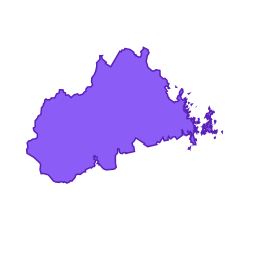 outline of Whitsunday, Queensland, Australia, rotated 25°
{"feature_id": "25037944B87142005071762", "entity_name": "Whitsunday", "entity_type": "district", "adm_level": 2, "iso_a3": "AUS", "parent_name": "Australia", "parent_adm1": "Queensland", "projection": "albers", "projection_center": [148.444, -20.698], "detail": "fine", "context": "isolated", "style": "filled", "palette": "violet", "viewbox_px": 256, "rotation_deg": 25, "n_neighbors": 0, "source": "geoboundaries", "source_scale": "gbopen_adm2", "svg_char_len": 5799}
<svg xmlns="http://www.w3.org/2000/svg" viewBox="0 0 256 256"><g transform="rotate(25 128 128)"><path d="M77.7,103.9L77.2,106.2L74.0,108.0L73.5,110.4L74.3,112.5L73.1,114.2L72.6,116.6L69.8,119.0L67.8,118.4L65.2,120.7L63.5,124.5L60.1,123.2L57.7,124.6L56.4,122.6L54.5,122.8L52.9,120.9L49.8,122.2L50.7,125.4L48.9,127.2L48.9,131.7L45.9,133.1L45.1,135.5L42.5,136.7L41.5,136.3L40.8,137.6L41.6,140.3L41.2,142.2L41.9,143.4L41.0,146.1L43.3,152.5L41.6,155.1L41.7,157.6L40.8,160.8L43.4,166.2L42.2,168.1L44.0,170.3L48.4,171.7L49.7,174.5L49.2,176.6L46.1,178.6L45.2,180.6L43.5,181.6L42.9,184.1L45.6,187.9L45.2,190.2L47.2,193.6L54.8,194.3L62.8,196.9L64.3,198.2L65.9,203.0L68.6,206.1L70.9,204.9L75.6,204.1L82.8,207.5L85.3,207.5L88.6,206.4L90.4,204.6L92.5,204.6L93.0,203.7L95.9,203.7L97.6,201.9L98.0,200.2L99.6,199.9L100.9,195.3L100.5,193.0L101.4,191.4L104.5,190.1L106.2,186.5L108.0,185.8L107.2,184.1L108.1,182.6L110.3,179.9L111.8,179.7L112.3,177.9L113.8,177.1L113.8,175.7L112.5,174.9L112.7,172.5L112.0,170.6L110.3,170.5L110.9,169.6L110.5,168.2L109.2,168.7L109.2,167.3L112.6,167.7L113.1,170.4L115.2,170.6L115.1,173.2L116.7,172.5L117.2,173.7L118.0,173.2L122.8,175.3L125.8,175.2L132.3,171.5L133.5,170.0L133.9,168.3L131.7,165.7L128.2,158.3L129.0,155.0L127.5,151.1L129.0,150.9L130.4,153.3L131.9,154.1L133.7,153.6L134.5,152.0L136.8,151.2L136.9,151.8L143.8,146.5L141.1,142.5L140.2,142.6L138.1,139.9L139.2,136.7L139.2,133.7L149.5,135.0L149.3,136.0L153.8,136.6L161.0,130.9L160.3,130.8L160.4,128.0L162.8,127.8L163.6,121.7L166.2,124.3L169.5,121.9L168.4,120.0L168.4,118.4L170.9,120.0L171.7,119.4L172.2,117.4L174.4,115.9L177.1,117.5L180.4,111.5L178.5,108.5L178.6,107.6L177.7,107.3L178.1,106.8L181.9,110.5L183.2,109.8L184.0,110.3L185.6,108.1L184.9,106.5L183.6,106.1L183.5,105.5L185.7,106.4L186.3,108.3L186.1,105.2L186.8,105.8L187.4,105.4L187.8,107.2L188.4,107.4L188.5,106.0L189.1,108.0L188.0,108.6L189.1,110.0L188.5,110.2L188.6,112.0L190.1,112.2L191.0,114.2L193.1,113.8L194.2,115.6L194.4,115.0L196.5,114.6L195.7,113.1L193.1,111.0L193.6,110.1L195.1,110.3L194.5,109.3L192.8,109.8L189.7,106.4L189.7,103.3L188.0,102.7L189.1,102.7L188.9,101.2L189.6,101.3L189.8,100.1L188.7,99.0L188.2,100.3L187.3,99.4L188.5,98.5L188.0,97.7L186.2,97.6L184.5,95.9L184.3,94.9L185.7,95.4L186.3,95.2L186.1,94.2L186.4,94.6L186.9,94.2L185.1,93.9L184.5,90.8L183.2,90.8L183.2,92.9L181.8,92.2L182.2,94.5L180.4,92.9L177.6,94.6L177.2,93.9L178.2,91.2L177.7,90.4L176.5,91.7L176.3,89.2L177.5,87.2L177.6,86.1L175.7,89.2L175.0,89.0L174.7,85.6L173.9,87.2L174.0,89.5L171.8,88.8L173.3,86.0L171.7,88.0L170.5,87.7L170.5,86.4L171.2,86.0L171.6,85.2L169.5,85.5L170.0,84.3L169.2,83.9L170.3,82.6L170.1,82.1L169.3,82.5L169.4,81.4L168.4,81.0L169.0,77.2L167.3,78.0L166.5,79.4L165.2,79.3L163.9,79.0L162.3,77.0L160.6,76.6L159.8,77.8L160.0,80.8L162.7,81.3L161.3,83.4L159.5,84.2L159.3,85.4L152.4,84.1L152.1,83.1L150.8,82.8L149.5,80.7L147.5,79.9L147.3,78.8L148.0,78.1L144.0,75.5L144.7,73.7L146.7,73.8L146.2,69.9L145.9,70.7L144.6,70.6L143.2,68.4L140.6,67.4L139.0,68.5L135.1,67.2L132.6,62.4L128.6,63.4L127.9,65.0L126.0,66.1L120.4,64.6L116.4,60.0L114.9,54.5L115.3,51.1L112.9,48.6L107.9,48.5L108.5,50.1L107.3,53.5L109.1,55.3L109.4,58.1L108.8,58.9L104.7,59.3L104.0,58.8L104.4,58.5L104.8,57.9L104.2,58.5L102.5,58.5L101.2,56.9L96.6,56.0L91.6,57.3L91.7,58.7L89.5,60.1L89.6,61.9L88.2,61.8L86.5,79.8L80.4,79.1L80.6,77.7L75.4,76.3L73.9,74.4L74.1,73.3L71.9,74.5L73.5,77.7L72.0,82.2L73.6,85.1L74.7,89.9L74.9,93.8L74.0,97.7L75.4,101.5L77.7,103.9ZM199.0,91.6L195.3,95.2L196.5,94.9L196.0,95.6L196.7,95.5L197.1,96.5L199.3,94.4L199.4,93.2L199.9,93.5L198.0,96.2L199.0,96.3L199.0,98.3L200.8,97.8L200.2,97.1L201.1,96.0L203.5,97.7L204.3,96.0L205.3,96.8L206.6,95.5L205.0,95.0L203.7,92.4L202.9,93.6L203.8,90.8L202.2,92.4L202.6,90.6L201.2,92.0L201.0,89.9L201.7,88.7L201.4,88.1L200.0,88.4L200.6,86.8L199.8,85.9L200.2,84.9L199.3,84.4L198.5,84.6L198.9,86.9L197.2,90.9L197.5,91.4L198.7,90.2L199.0,91.6ZM198.0,78.6L199.5,77.6L198.8,76.7L196.4,77.7L196.3,78.5L196.1,76.9L194.9,77.6L195.2,80.0L193.2,81.7L193.4,85.5L195.5,81.8L194.5,85.2L195.5,85.9L196.6,82.6L196.7,86.2L198.2,84.5L197.1,80.5L197.8,79.4L198.7,80.4L198.0,78.6ZM162.6,72.0L161.1,69.8L160.1,69.8L159.6,73.6L160.1,75.4L162.3,75.9L162.6,72.0ZM190.6,99.5L190.9,97.2L190.1,98.8L190.6,102.5L192.3,103.5L190.6,99.5ZM208.9,93.7L207.5,93.6L207.5,96.1L208.9,96.0L208.4,94.5L209.5,93.3L209.6,92.0L208.9,93.7ZM198.9,99.8L198.5,99.0L197.8,98.5L197.6,101.1L198.2,100.9L198.3,102.1L198.9,100.5L199.4,100.1L199.3,101.2L200.0,101.2L200.5,99.8L198.9,99.8ZM190.3,93.6L190.5,92.5L189.1,92.4L188.8,94.7L190.3,93.6ZM197.3,102.4L197.0,99.2L196.4,99.0L196.4,101.5L197.3,102.4ZM193.1,76.7L193.9,76.9L194.2,76.0L192.9,74.9L193.1,76.7ZM204.6,84.7L203.6,84.4L203.4,85.0L204.7,86.6L204.7,84.0L204.6,84.7ZM194.9,93.8L195.9,93.7L196.0,92.2L195.1,92.6L194.9,93.8ZM189.0,91.2L188.7,89.9L187.6,89.1L188.3,90.6L189.0,91.2ZM147.5,74.9L148.1,75.1L148.8,74.4L147.9,74.0L147.5,74.9ZM211.0,100.6L211.3,99.9L210.8,99.5L210.5,100.3L211.0,100.6ZM171.8,83.7L172.8,84.0L172.7,83.0L172.3,82.9L171.8,83.7ZM210.1,94.9L210.2,94.0L209.9,93.2L209.6,94.1L210.1,94.9ZM175.7,80.4L175.9,79.4L175.2,79.9L175.7,80.4ZM194.0,102.8L193.5,101.5L193.0,101.5L194.0,102.8ZM191.6,121.5L192.4,121.1L191.5,120.6L191.6,121.5ZM192.4,119.9L192.9,120.4L192.6,119.2L192.4,119.9ZM167.6,77.0L167.4,76.4L166.9,77.1L167.6,77.0ZM206.9,96.0L207.1,96.8L207.4,96.4L206.9,96.0ZM214.6,91.7L215.2,92.1L214.9,91.3L214.6,91.7ZM196.1,96.9L196.4,98.0L196.5,97.1L196.1,96.9ZM169.5,80.2L170.0,80.0L169.7,79.5L169.5,80.2ZM172.3,79.4L172.5,79.8L172.7,79.4L172.3,79.4ZM154.0,70.4L154.1,70.7L154.4,70.6L154.0,70.4ZM187.0,96.0L187.0,95.5L186.8,95.2L187.0,96.0ZM180.5,79.9L181.1,80.2L180.5,79.9ZM168.3,71.4L168.6,71.5L168.8,71.0L168.3,71.4ZM188.0,92.1L187.8,92.7L187.9,92.8L188.0,92.1Z" fill="#8b5cf6" stroke="#5b21b6" stroke-width="1.5"/></g></svg>